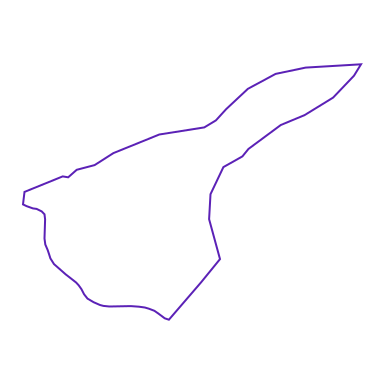 outline of Panajachel, Sololá, Guatemala
{"feature_id": "79465075B15499572594181", "entity_name": "Panajachel", "entity_type": "district", "adm_level": 2, "iso_a3": "GTM", "parent_name": "Guatemala", "parent_adm1": "Sololá", "projection": "albers", "projection_center": [-91.15, 14.749], "detail": "fine", "context": "isolated", "style": "outline", "palette": "violet", "viewbox_px": 384, "rotation_deg": 0, "n_neighbors": 0, "source": "geoboundaries", "source_scale": "gbopen_adm2", "svg_char_len": 780}
<svg xmlns="http://www.w3.org/2000/svg" viewBox="0 0 384 384"><path d="M226.2,109.1L215.9,120.4L204.3,127.4L159.3,134.5L113.4,153.1L94.6,165.1L76.7,169.8L68.2,177.3L62.7,176.4L24.5,191.9L23.0,204.4L26.5,206.1L32.9,208.4L36.6,208.9L41.7,211.4L44.5,214.3L45.1,219.4L44.5,238.5L45.3,244.5L47.7,250.1L49.1,254.3L50.4,258.4L54.0,264.1L65.6,274.3L76.1,282.5L78.6,285.2L81.4,289.1L84.1,294.3L87.5,298.6L93.6,302.2L100.0,305.0L103.4,305.9L109.4,306.5L130.7,306.1L139.0,306.7L144.8,307.5L148.9,308.7L154.4,310.8L158.7,313.8L164.7,318.3L168.9,319.7L201.1,282.3L220.0,259.1L209.1,219.2L210.5,194.2L223.4,167.1L242.4,156.4L248.5,148.9L280.8,125.0L304.6,115.1L333.1,97.6L354.0,75.7L361.0,64.3L305.6,67.6L275.6,73.9L247.9,88.8L226.2,109.1Z" fill="none" stroke="#5b21b6" stroke-width="2"/></svg>